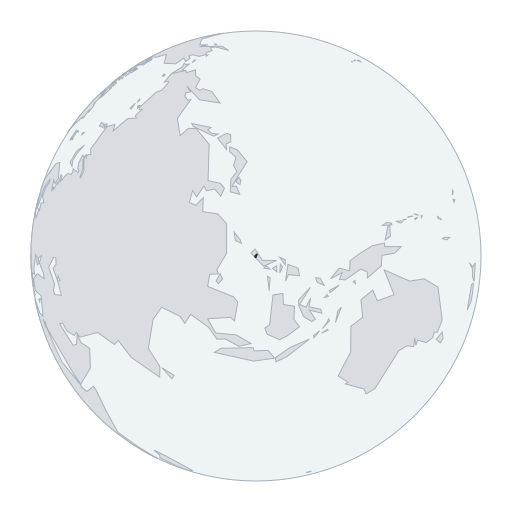 Mountain Province on an orthographic globe, rotated 315°
{"feature_id": "PHL-2552", "entity_name": "Mountain Province", "entity_type": "Province", "adm_level": 1, "iso_a3": "PHL", "parent_name": "Philippines", "parent_adm1": "", "projection": "orthographic", "projection_center": [121.106, 17.071], "detail": "fine", "context": "on_globe", "style": "filled", "palette": "slate", "viewbox_px": 512, "rotation_deg": 315, "n_neighbors": 0, "source": "natural_earth", "source_scale": "10m", "svg_char_len": 10305}
<svg xmlns="http://www.w3.org/2000/svg" viewBox="0 0 512 512"><g transform="rotate(315 256 256)"><circle cx="256" cy="256" r="225" fill="#eef3f6" stroke="#a8b0b8"/><path d="M441.4,348.4L441.1,349.9L440.9,350.1L441.4,348.4ZM388.3,73.6L388.4,73.8L371.0,64.2L365.6,66.9L371.4,72.8L364.2,68.1L380.3,83.6L382.1,91.4L375.4,79.7L371.1,76.4L370.1,79.8L365.5,77.3L362.4,77.8L357.0,74.7L353.4,68.8L349.9,67.0L349.4,69.6L343.6,68.7L345.0,65.0L335.1,63.3L327.4,54.8L335.2,50.0L326.4,45.2L322.4,40.9L318.1,39.7L313.9,38.3L307.5,36.7L324.8,41.5L341.6,47.6L357.8,55.0L373.4,63.7L388.3,73.6ZM302.6,35.6L302.8,35.7L300.2,35.2L296.4,34.5L297.2,34.5L298.6,34.8L302.6,35.6ZM467.6,193.6L465.8,188.9L467.2,190.5L467.6,193.6ZM464.4,187.1L465.1,188.4L464.5,187.5L464.4,187.1ZM463.8,187.0L464.2,187.1L463.9,187.5L463.8,187.0ZM463.2,187.6L463.4,187.1L463.5,187.3L463.2,187.6ZM461.5,187.0L461.0,186.7L461.1,185.7L461.5,187.0ZM390.5,75.3L389.4,74.5L388.9,74.1L390.5,75.3ZM384.0,71.6L382.2,70.1L387.6,73.5L386.9,73.3L384.0,71.6ZM376.6,78.0L376.5,76.2L378.1,78.9L376.6,78.0ZM362.9,78.4L364.3,79.9L362.1,79.6L362.9,78.4ZM351.8,74.7L347.7,74.1L351.2,73.7L351.8,74.7ZM345.0,73.1L335.2,72.4L337.6,75.3L325.2,67.3L337.7,70.2L341.6,68.9L341.8,71.2L345.0,73.1ZM304.5,36.1L304.1,35.9L307.9,36.8L304.5,36.1ZM307.6,36.8L323.0,41.5L321.8,41.8L316.9,40.0L318.0,41.4L309.8,39.2L307.3,37.9L309.8,38.0L304.8,37.2L307.6,36.8ZM320.0,63.3L317.1,62.5L319.5,62.2L320.0,63.3ZM299.5,35.1L302.7,35.9L301.9,36.1L295.2,34.8L297.6,35.1L299.5,35.1ZM322.4,43.1L320.5,43.3L313.4,41.5L311.7,41.4L309.5,39.2L322.4,43.1ZM295.9,34.7L291.9,34.2L288.8,33.5L296.2,34.5L295.9,34.7ZM304.4,36.8L303.7,37.0L301.9,36.4L304.4,36.8ZM275.8,31.6L279.7,32.0L275.8,31.6ZM290.6,34.0L291.6,34.3L292.0,34.5L288.8,34.1L290.6,34.0ZM304.6,38.3L302.0,37.6L305.2,39.0L299.9,38.1L299.4,36.9L297.4,37.0L295.8,36.8L297.2,36.2L304.6,38.3ZM286.7,34.4L284.2,33.2L277.0,32.2L276.9,32.0L288.5,33.7L286.7,34.4ZM292.7,35.4L289.0,34.7L290.8,34.6L294.4,35.1L292.7,35.4ZM296.6,38.0L304.7,39.7L304.6,40.0L296.6,38.0ZM284.3,34.1L284.9,34.4L283.6,34.0L284.3,34.1ZM292.4,36.7L295.3,37.2L295.0,37.4L292.4,36.7ZM283.8,34.9L283.0,34.4L285.5,34.6L283.8,34.9ZM287.4,35.7L286.4,36.0L286.8,34.9L288.8,35.9L287.4,35.7ZM291.7,36.9L292.5,37.2L290.5,36.6L291.7,36.9ZM274.9,34.8L274.9,33.5L280.3,33.7L279.6,34.9L274.9,34.8ZM67.4,132.8L69.4,130.0L62.8,143.3L63.0,147.8L76.0,132.1L75.6,124.2L82.7,114.7L88.8,113.9L90.2,122.2L93.0,118.8L98.1,107.6L104.6,104.1L100.6,103.4L97.7,107.7L95.1,107.7L97.7,103.9L99.8,102.6L101.2,99.3L90.4,107.4L86.3,112.6L86.0,109.4L79.0,118.0L76.7,120.2L87.6,106.6L91.3,102.8L106.4,87.5L105.5,88.4L119.1,77.1L133.6,66.9L132.7,67.5L143.0,61.4L143.4,61.5L137.2,64.9L131.7,68.4L127.5,73.2L129.3,72.7L136.3,68.7L134.3,71.0L141.7,66.5L143.5,68.3L147.4,62.7L155.8,58.8L161.7,57.9L165.1,55.9L155.6,57.6L151.2,59.4L146.2,62.3L134.8,67.6L134.3,67.1L149.0,58.6L150.0,57.4L160.9,52.2L180.0,49.2L183.4,51.1L170.9,61.5L165.1,62.7L166.7,59.3L157.2,65.7L161.8,63.5L160.1,65.8L167.7,63.6L166.9,65.1L175.6,60.7L175.4,62.4L169.9,65.1L181.0,64.3L183.0,67.7L185.9,66.9L188.4,65.0L189.2,71.2L191.3,70.3L191.9,67.9L196.4,64.9L204.8,62.1L204.6,64.4L201.6,65.6L194.9,72.2L186.9,75.9L187.6,76.6L194.6,74.0L202.7,65.9L207.8,63.7L204.8,67.4L206.3,65.8L208.7,65.5L211.0,67.4L214.7,63.5L242.2,59.1L249.3,63.2L243.5,66.5L262.5,68.1L269.1,74.1L269.6,71.6L279.0,71.7L277.1,69.7L278.0,68.6L301.3,69.6L306.7,72.2L317.3,71.3L317.5,70.2L314.2,68.2L325.2,67.3L337.6,75.3L336.4,77.2L344.9,81.6L340.9,85.6L341.6,91.4L332.3,94.2L333.6,99.2L336.9,100.4L341.1,108.6L338.7,122.4L326.5,105.6L327.3,87.1L325.7,93.8L321.9,90.8L318.7,92.6L318.0,97.9L320.5,99.3L297.7,103.1L287.5,117.2L298.5,118.0L303.8,123.7L301.8,143.9L275.4,168.8L282.2,179.4L281.6,185.8L273.4,188.7L274.1,179.3L267.1,175.0L268.8,169.7L255.8,172.2L257.6,164.8L246.7,171.0L249.2,177.5L259.9,177.5L249.7,187.0L258.7,199.1L258.0,212.4L237.1,233.3L218.4,238.0L216.9,242.1L210.4,236.3L200.3,243.3L211.3,269.0L210.5,275.8L194.8,286.7L194.7,281.5L177.4,266.1L173.1,282.0L186.2,297.8L190.6,314.4L180.1,307.8L175.7,293.1L169.6,287.2L172.1,273.2L168.5,251.1L158.0,253.2L159.6,244.8L153.1,225.6L138.4,228.0L114.5,245.2L109.9,266.2L102.2,273.6L96.1,239.6L98.9,218.4L93.3,218.4L89.9,198.0L74.1,188.9L74.9,183.0L71.2,183.7L69.4,175.7L71.8,166.5L69.3,165.0L63.5,189.7L66.6,191.5L73.5,185.5L71.0,193.8L73.2,203.6L59.7,218.1L41.3,222.7L44.7,206.5L57.6,158.3L60.1,154.3L60.4,153.8L60.8,152.8L56.7,158.9L60.7,150.1L48.2,181.5L43.8,194.2L40.9,223.5L39.9,225.2L40.6,232.2L49.0,233.3L47.9,238.4L40.7,259.0L33.7,282.8L37.6,306.8L42.2,325.6L43.2,330.1L38.6,315.0L35.0,299.5L32.5,283.9L31.0,268.2L30.7,252.3L31.6,236.5L33.5,220.8L36.5,205.3L40.6,190.0L45.8,175.0L52.0,160.5L59.2,146.4L67.4,132.8ZM97.8,95.6L88.0,106.0L89.8,103.9L87.4,106.6L97.8,95.6ZM86.3,140.9L90.6,146.2L97.9,133.6L100.1,134.9L101.8,130.4L98.4,132.8L103.7,121.2L108.9,120.4L113.1,115.8L111.8,113.8L101.5,117.4L93.7,133.5L88.8,136.7L86.3,140.9ZM293.4,33.9L291.7,33.7L287.5,33.2L284.5,32.7L286.6,32.9L281.1,32.3L281.8,32.2L277.7,31.8L276.0,31.6L293.4,33.9ZM251.6,30.8L255.7,31.0L265.1,31.3L267.0,31.6L262.7,31.5L267.6,32.0L260.9,32.2L262.1,32.6L256.8,33.6L247.9,33.6L249.9,34.1L245.9,35.3L238.4,35.8L242.1,34.6L231.2,36.3L231.9,35.0L230.6,35.3L228.2,34.8L223.1,34.8L224.5,34.3L221.9,34.6L220.3,34.5L217.2,34.9L218.6,34.2L214.9,34.7L217.7,34.2L211.0,35.3L216.6,34.3L215.0,34.5L210.4,35.4L212.2,35.0L231.8,32.0L251.6,30.8ZM273.2,34.9L262.4,34.6L257.5,34.0L268.9,32.7L268.7,32.3L275.9,32.2L282.8,33.3L280.1,33.2L279.2,33.3L277.4,32.9L278.1,33.4L274.4,33.4L273.9,33.9L270.6,33.5L273.2,34.9ZM137.1,65.1L137.0,65.4L135.3,66.5L133.2,67.6L137.1,65.1ZM206.1,42.7L209.0,41.5L210.1,41.6L218.1,40.0L218.3,41.1L213.4,42.5L206.1,42.7ZM73.3,133.7L70.6,135.6L71.7,133.2L72.4,133.0L73.3,133.7ZM74.6,123.4L72.2,127.8L73.7,124.5L74.6,123.4ZM207.6,43.6L210.9,42.7L208.9,43.9L207.6,43.6ZM218.8,41.9L217.2,43.1L219.2,41.1L218.8,41.9ZM138.4,444.4L143.1,447.3L140.8,446.5L138.4,444.4ZM50.9,333.7L59.6,363.3L57.0,360.4L51.9,349.8L45.5,330.8L47.1,328.5L46.6,321.0L50.9,333.7ZM247.7,356.9L254.7,358.4L254.5,359.4L247.7,356.9ZM240.4,352.9L248.3,353.9L239.1,354.9L240.4,352.9ZM251.4,354.3L259.5,353.1L263.0,351.8L262.4,353.7L251.4,354.3ZM235.0,352.5L206.4,349.0L195.3,344.9L197.8,341.6L215.8,344.9L235.0,352.5ZM196.9,341.4L180.1,328.7L158.4,294.7L166.1,296.6L189.1,318.8L187.6,321.7L197.8,331.3L196.9,341.4ZM238.1,327.5L236.6,336.8L220.7,334.3L213.5,331.9L208.6,319.1L211.3,313.2L217.1,314.2L240.5,295.5L248.5,301.5L241.1,309.7L247.7,318.7L238.1,327.5ZM110.5,268.5L113.7,282.4L109.7,283.4L110.5,268.5ZM250.5,281.5L240.7,289.9L249.9,278.4L250.5,281.5ZM256.3,270.3L256.6,275.1L253.0,270.2L256.3,270.3ZM216.1,248.6L209.9,248.9L210.1,245.5L218.1,243.2L216.1,248.6ZM257.4,223.8L256.3,233.5L254.7,236.8L252.4,230.5L257.4,223.8ZM213.2,56.3L201.9,56.9L193.8,59.0L189.4,62.4L190.8,58.3L203.2,55.0L213.2,56.3ZM238.6,58.3L242.4,55.9L244.0,57.3L243.4,58.0L238.6,58.3ZM238.6,56.6L237.1,53.3L241.4,52.3L241.7,55.0L238.6,56.6ZM221.9,47.2L218.5,47.2L220.2,46.1L221.9,47.2ZM388.2,428.6L390.4,429.0L384.0,434.6L375.2,440.6L367.3,443.5L388.2,428.6ZM324.9,447.8L324.5,442.4L333.8,441.4L330.0,446.5L324.9,447.8ZM394.3,423.9L400.1,417.9L402.2,411.5L401.6,417.0L406.2,415.9L392.3,428.2L394.3,423.9ZM290.1,424.0L246.1,433.8L236.3,431.4L238.4,426.5L228.7,409.6L231.8,410.3L229.3,398.9L255.1,390.8L273.4,372.8L288.2,374.8L299.1,361.2L314.5,362.7L310.1,373.6L326.3,381.0L336.8,356.4L347.0,382.5L358.9,391.2L362.7,406.7L342.4,432.9L330.5,438.1L328.1,436.0L323.2,438.6L315.3,437.7L310.7,429.8L305.8,432.3L310.4,426.2L303.5,431.6L299.2,426.3L290.1,424.0ZM400.1,375.5L402.4,375.9L406.1,379.8L402.4,379.5L400.1,375.5ZM435.4,355.1L436.4,356.9L434.0,358.0L435.4,355.1ZM440.9,350.1L438.0,351.7L441.4,348.4L440.9,350.1ZM412.1,359.1L413.3,360.5L412.4,361.2L412.1,359.1ZM411.2,358.6L412.6,355.9L412.4,358.5L411.2,358.6ZM400.0,345.8L401.4,344.2L402.0,345.3L400.0,345.8ZM265.1,359.3L274.8,352.8L280.2,352.5L265.1,359.3ZM397.9,343.0L394.4,343.1L394.7,341.6L397.9,343.0ZM398.1,339.7L397.7,337.7L400.0,342.2L398.1,339.7ZM391.3,335.6L395.6,338.9L390.8,336.1L391.3,335.6ZM388.7,336.3L385.5,334.9L385.8,334.3L388.7,336.3ZM353.6,340.3L365.3,352.1L356.0,352.0L345.5,344.6L337.6,351.6L319.3,350.2L323.4,346.0L320.9,339.3L302.2,336.0L298.5,331.5L305.1,328.8L292.8,324.8L306.2,323.4L311.7,332.6L319.3,325.8L332.6,327.9L345.5,331.0L356.1,337.7L353.6,340.3ZM306.4,343.1L308.7,343.2L306.7,345.8L306.4,343.1ZM379.5,330.3L384.1,334.4L383.6,335.5L381.4,334.9L379.5,330.3ZM358.5,336.1L369.8,328.5L372.5,328.6L365.0,337.1L358.5,336.1ZM367.0,323.8L372.3,324.7L375.1,328.8L374.0,330.0L367.0,323.8ZM279.1,333.4L278.6,335.9L275.1,333.7L279.1,333.4ZM283.5,332.2L294.0,335.5L282.6,334.3L283.5,332.2ZM252.4,321.2L255.3,327.4L264.8,324.4L257.6,329.3L264.1,339.5L262.0,342.9L255.5,331.9L253.4,342.6L249.2,342.0L246.8,332.5L251.0,321.5L255.1,317.2L272.2,316.6L252.4,321.2ZM283.4,325.0L280.7,317.9L282.8,313.4L285.7,317.3L283.4,325.0ZM272.8,300.7L265.7,292.1L259.2,294.6L272.7,284.5L277.2,294.4L272.8,300.7ZM267.1,282.6L260.9,284.8L267.5,278.8L267.1,282.6ZM259.5,282.0L259.0,276.3L263.8,277.5L259.5,282.0ZM270.3,283.1L271.8,273.6L274.0,279.4L270.3,283.1ZM257.5,263.6L267.4,273.7L254.2,268.6L254.5,250.4L260.2,250.5L257.5,263.6ZM295.1,194.1L294.2,189.0L299.6,188.3L298.7,192.0L295.1,194.1ZM316.4,183.1L300.8,186.5L288.1,190.0L291.6,192.6L288.1,200.9L283.2,192.5L292.6,183.9L302.1,182.9L304.2,176.1L311.6,172.1L311.1,163.5L314.5,160.2L317.9,167.9L316.4,183.1ZM310.5,159.9L312.2,145.5L322.0,148.5L323.9,152.3L318.9,157.5L314.0,155.6L310.5,159.9ZM315.5,143.1L310.8,141.3L303.3,120.3L304.2,116.8L315.1,133.3L311.2,132.7L311.3,137.6L315.5,143.1ZM317.6,63.7L317.2,62.6L319.3,63.8L317.6,63.7ZM276.7,67.6L278.4,66.3L280.9,67.5L276.7,67.6ZM284.4,63.6L280.4,63.2L284.7,62.7L284.4,63.6ZM271.4,62.5L278.8,62.5L271.7,63.9L271.4,62.5Z" fill="#d9dde1" stroke="#a8b0b8" stroke-width="1"/><path d="M257.7,255.3L257.7,255.8L257.2,255.9L257.0,256.0L256.8,256.1L256.5,256.2L256.4,256.2L256.0,256.2L255.8,256.3L255.6,256.3L255.5,256.5L255.4,256.6L255.4,256.8L255.2,256.9L254.9,256.8L254.8,256.7L254.7,256.6L254.8,256.4L254.8,256.1L254.8,255.9L254.9,255.7L255.0,255.6L255.3,255.5L255.3,255.3L256.0,255.6L256.3,255.6L256.6,255.5L256.9,255.3L257.0,255.2L257.4,255.2L257.7,255.3L257.7,255.3Z" fill="#64748b" stroke="#1e293b" stroke-width="1.5"/></g></svg>